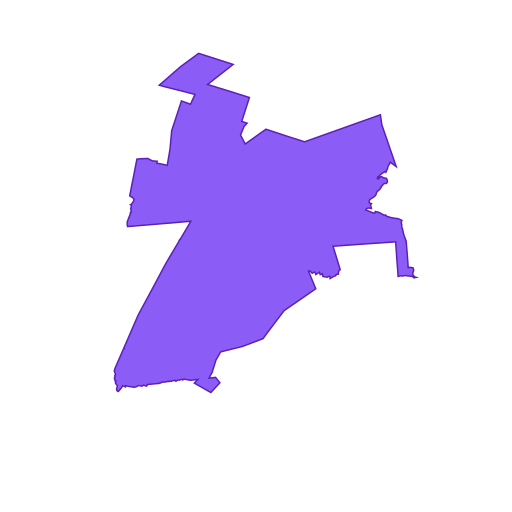 outline of Cárdenas, San Luis Potosí, Mexico, rotated 113°
{"feature_id": "50627088B72353439834550", "entity_name": "Cárdenas", "entity_type": "district", "adm_level": 2, "iso_a3": "MEX", "parent_name": "Mexico", "parent_adm1": "San Luis Potosí", "projection": "mercator", "projection_center": [-99.651, 22.008], "detail": "fine", "context": "isolated", "style": "filled", "palette": "violet", "viewbox_px": 512, "rotation_deg": 113, "n_neighbors": 0, "source": "geoboundaries", "source_scale": "gbopen_adm2", "svg_char_len": 4690}
<svg xmlns="http://www.w3.org/2000/svg" viewBox="0 0 512 512"><g transform="rotate(113 256 256)"><path d="M135.8,405.8L131.1,375.3L141.9,375.6L142.4,385.2L168.7,383.0L173.5,382.6L191.3,376.9L204.0,373.9L207.3,373.2L208.1,378.2L209.3,383.5L207.4,384.0L208.9,388.5L208.9,389.1L208.7,391.4L208.5,393.7L209.6,396.1L212.2,401.4L213.3,403.5L230.2,399.9L236.5,398.6L240.5,397.8L243.9,397.0L249.0,396.0L250.0,395.7L250.2,395.2L250.2,394.8L250.2,394.0L250.3,393.6L250.5,392.3L250.6,392.1L251.3,390.8L251.3,390.5L253.5,390.1L257.0,390.9L257.8,391.5L257.8,390.9L258.1,390.5L259.7,390.0L261.3,389.9L261.9,389.4L263.6,388.3L265.0,388.5L264.9,388.2L274.8,387.9L277.7,386.7L279.1,385.7L249.5,329.6L254.6,330.2L269.6,332.2L270.6,332.4L270.7,332.7L271.0,332.7L271.5,332.7L272.3,332.8L272.6,332.8L272.9,332.8L273.2,332.8L273.4,332.8L273.5,332.8L283.2,334.1L288.8,334.9L296.7,335.9L298.4,336.1L300.6,336.3L303.6,336.6L305.3,336.7L306.9,336.9L308.3,337.0L309.7,337.1L311.5,337.3L311.8,337.3L313.0,337.4L314.7,337.6L316.4,337.7L328.6,338.8L330.8,339.0L356.3,341.4L382.7,341.6L383.6,341.6L391.2,341.7L391.8,341.7L392.5,341.1L392.9,341.7L393.2,341.7L394.8,341.7L414.5,341.9L417.3,341.5L419.8,339.0L421.3,339.3L421.9,339.0L422.4,338.4L423.6,338.7L424.6,338.1L424.9,337.5L425.3,337.2L425.7,337.2L425.8,336.2L426.1,335.9L426.5,336.0L426.8,336.2L427.4,335.9L427.9,335.7L428.4,335.0L428.6,334.7L428.8,334.2L429.1,333.6L429.5,333.1L430.3,332.7L431.4,332.6L432.4,332.5L433.1,332.3L434.1,331.6L434.4,330.9L434.6,330.4L434.5,329.8L430.1,328.4L427.4,327.9L427.5,325.0L426.3,325.3L425.9,322.9L425.1,319.5L424.4,316.8L423.0,314.9L421.2,313.7L420.3,310.0L418.8,309.1L418.6,306.0L417.9,305.7L416.8,305.9L410.9,295.0L410.6,295.0L409.9,293.8L409.2,293.8L408.9,293.5L408.4,292.3L408.0,291.4L407.6,290.5L407.2,290.0L406.8,289.6L406.6,289.0L406.4,288.7L406.0,288.5L405.8,288.0L405.6,287.4L405.6,287.1L405.4,286.8L405.2,286.5L404.9,286.3L404.7,285.9L404.2,284.8L403.9,284.7L403.5,284.3L403.2,283.7L403.0,283.3L402.9,283.0L402.8,282.9L402.7,282.8L402.4,282.7L402.2,282.3L402.2,281.7L402.3,281.5L402.5,281.2L402.6,280.9L402.4,280.6L402.1,280.5L401.4,280.0L400.8,279.4L400.6,279.1L400.3,278.6L400.0,277.7L399.7,277.4L398.9,276.6L398.4,275.8L398.7,274.9L397.4,274.1L396.1,268.0L392.4,261.3L397.1,263.1L399.3,244.2L386.8,239.7L383.5,245.8L386.8,251.5L384.0,251.3L380.2,250.9L367.4,252.2L360.0,251.3L359.7,251.3L358.1,251.1L344.6,233.2L329.3,217.2L324.8,216.2L319.9,215.0L295.4,208.8L292.2,206.8L267.4,191.1L262.8,188.2L259.8,191.2L250.0,201.2L249.3,201.8L248.7,200.6L249.9,197.5L249.5,197.2L247.9,196.0L248.0,195.2L249.7,193.7L246.1,191.3L248.1,189.6L246.4,187.9L248.7,186.4L248.1,184.0L247.7,182.1L246.0,180.8L245.9,180.0L247.8,179.0L244.6,176.6L242.8,174.8L242.1,175.1L241.8,175.1L241.5,174.8L241.2,174.2L240.6,173.1L239.3,173.5L237.9,174.0L235.6,173.2L216.9,188.9L201.0,157.8L196.1,148.1L189.8,135.7L188.4,133.0L199.8,127.2L205.7,124.2L213.8,120.0L219.3,117.2L218.7,116.4L217.7,115.1L217.2,113.4L216.7,112.5L216.1,111.7L215.6,110.9L215.2,109.1L214.2,105.9L213.9,104.4L213.9,103.3L214.4,102.1L213.1,100.2L213.2,102.0L211.8,104.4L210.7,104.9L210.0,105.1L208.3,105.1L207.9,105.2L207.1,105.5L205.5,106.8L206.3,110.1L207.3,111.3L207.1,111.5L204.9,112.5L195.8,117.2L183.6,123.6L179.1,127.9L175.6,130.5L173.7,131.8L172.4,133.2L170.5,133.9L168.6,135.3L166.2,135.6L166.1,139.3L166.4,140.8L167.0,142.9L167.5,144.9L167.8,146.2L168.4,151.4L168.1,152.0L167.7,152.2L167.7,152.9L168.3,153.8L168.2,156.0L167.9,157.5L168.0,159.1L167.8,160.4L168.2,162.3L168.5,163.6L169.6,163.2L170.4,164.0L170.6,165.5L170.6,170.6L170.8,172.9L169.5,172.8L168.5,172.1L167.8,171.0L167.2,168.3L166.4,168.9L165.4,169.6L164.4,170.4L163.5,170.5L162.7,170.2L162.7,170.8L162.8,172.0L162.7,172.8L162.0,173.0L161.1,173.3L159.8,173.3L158.6,172.7L156.8,171.4L154.4,169.9L152.5,169.5L151.3,169.8L149.4,169.6L148.3,169.1L147.1,168.4L146.2,168.1L145.6,168.0L144.6,167.7L144.0,167.6L143.5,167.8L143.0,167.7L142.6,167.4L142.0,167.4L141.4,167.3L141.0,167.0L140.6,167.0L140.2,166.9L139.7,166.6L139.1,166.2L138.5,164.7L137.6,164.1L136.4,164.0L134.9,164.8L133.6,166.2L133.9,167.9L134.2,169.6L133.8,171.4L134.7,172.4L135.2,173.0L136.7,173.1L137.5,174.2L136.8,174.9L136.1,174.6L135.3,174.6L134.9,174.3L134.3,173.6L133.0,173.4L131.7,172.8L130.9,172.2L129.6,171.5L128.8,170.8L127.5,169.9L128.1,169.2L126.9,169.1L124.2,169.1L121.1,169.6L119.5,169.0L117.2,169.1L118.9,161.9L92.2,185.9L86.1,191.4L77.4,196.7L131.9,255.9L133.3,271.0L134.5,285.3L134.7,287.5L135.4,296.4L157.1,309.7L150.7,317.5L141.4,317.6L137.2,316.1L137.7,321.7L112.7,324.0L113.5,332.7L117.0,367.6L88.6,351.9L91.9,388.0L111.3,399.5L128.4,407.8L136.6,411.8L135.8,405.8Z" fill="#8b5cf6" stroke="#5b21b6" stroke-width="1.5"/></g></svg>